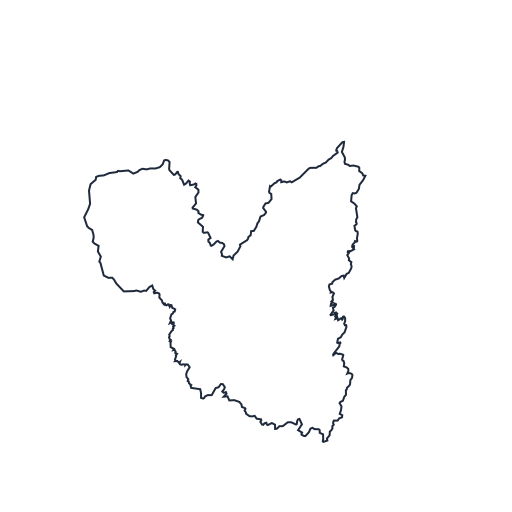 the district of 'Maoa-Mafubelu, Leribe, Lesotho, rotated 220°
{"feature_id": "5366337B41194073686106", "entity_name": "'Maoa-Mafubelu", "entity_type": "district", "adm_level": 2, "iso_a3": "LSO", "parent_name": "Lesotho", "parent_adm1": "Leribe", "projection": "equal_earth", "projection_center": [28.202, -28.958], "detail": "fine", "context": "isolated", "style": "outline", "palette": "slate", "viewbox_px": 512, "rotation_deg": 220, "n_neighbors": 0, "source": "geoboundaries", "source_scale": "gbopen_adm2", "svg_char_len": 6137}
<svg xmlns="http://www.w3.org/2000/svg" viewBox="0 0 512 512"><g transform="rotate(220 256 256)"><path d="M429.3,213.9L427.8,211.3L428.9,204.7L426.0,198.8L416.6,189.3L414.6,183.9L412.5,175.2L404.6,170.3L402.2,170.0L398.2,170.6L394.0,167.7L392.0,165.5L390.3,162.0L387.8,161.7L383.1,162.6L380.0,157.8L374.5,155.8L372.4,151.0L370.7,150.7L360.1,143.2L355.0,144.4L352.3,146.9L349.8,146.7L345.2,145.1L334.5,143.9L326.6,151.0L325.6,152.6L321.2,154.6L319.5,157.6L317.7,158.7L317.7,163.8L316.5,166.7L313.4,164.7L311.0,164.6L311.2,162.7L310.0,162.0L308.1,164.4L306.1,165.0L305.1,164.5L303.3,162.0L299.5,161.5L297.5,160.1L296.4,160.5L295.7,159.8L295.0,160.9L294.2,160.0L292.8,160.7L292.5,162.3L291.9,162.8L289.4,161.6L289.9,163.5L289.2,164.0L287.0,162.5L283.6,163.2L282.6,161.2L283.3,160.1L282.7,158.5L283.3,157.1L281.7,153.0L279.6,152.0L278.8,149.2L278.0,151.0L276.9,150.3L276.8,151.9L276.4,152.2L275.6,151.4L275.3,150.1L273.7,150.1L274.0,148.5L272.8,147.9L273.0,146.8L272.1,146.0L272.4,144.1L272.0,140.1L270.6,139.1L270.4,137.8L268.4,136.7L267.6,136.9L267.4,135.4L266.2,136.0L265.8,134.6L262.7,131.3L259.2,132.2L258.9,130.7L258.1,131.8L255.9,130.9L255.6,129.9L253.6,130.3L253.7,128.5L252.8,128.0L251.6,124.7L250.5,124.3L250.4,123.4L248.7,125.0L246.5,124.7L246.2,126.0L245.7,124.6L244.7,124.2L243.1,124.8L242.4,126.0L240.4,127.4L240.0,126.9L239.9,128.1L238.4,129.0L235.3,128.1L234.6,123.2L233.5,120.6L231.4,118.6L228.7,118.1L227.9,116.3L226.9,116.6L225.4,115.4L222.7,115.5L222.8,114.6L220.9,113.3L213.1,118.1L209.9,115.6L206.9,112.0L204.9,112.8L204.4,113.8L204.8,115.5L203.7,118.2L200.5,121.0L202.0,128.9L200.3,131.4L200.6,135.3L199.1,136.5L195.6,135.5L194.8,133.5L194.7,130.5L192.7,130.5L191.6,132.4L190.1,131.6L190.3,127.5L187.6,130.2L183.6,128.2L180.0,131.6L175.0,133.5L171.6,132.9L169.8,131.3L166.5,132.4L165.9,132.2L165.4,130.3L163.4,129.8L162.3,128.8L158.0,129.1L155.8,130.7L154.3,132.7L150.9,131.8L147.2,134.1L146.3,133.5L146.0,131.7L143.0,130.8L141.9,131.4L142.0,133.3L140.9,134.9L139.4,133.9L138.3,134.1L136.5,138.2L133.0,139.0L130.2,135.8L129.6,136.3L128.9,137.6L128.7,140.6L126.1,142.9L124.8,149.0L122.1,151.3L117.0,152.6L116.8,153.6L118.3,155.8L118.8,157.9L118.0,159.1L112.6,156.6L111.8,149.6L107.2,150.4L106.8,148.8L106.0,148.4L103.2,149.1L102.4,150.0L102.2,155.0L103.3,158.7L102.3,160.7L100.0,160.9L96.6,163.6L95.4,163.6L93.5,161.5L90.0,162.5L86.8,158.9L85.7,156.9L84.9,156.9L82.7,160.5L84.3,161.7L84.4,166.0L86.6,169.0L86.3,170.7L86.6,173.0L88.2,174.8L88.0,176.7L89.7,177.7L90.6,179.9L87.7,182.4L87.9,185.2L86.4,187.7L87.6,189.5L90.4,188.9L91.8,192.6L93.9,195.8L97.4,197.0L97.6,198.2L96.4,201.0L97.9,205.0L97.8,207.4L100.9,211.0L100.7,212.1L101.6,213.6L101.2,216.7L101.5,218.2L103.9,221.5L104.1,224.3L105.5,226.7L106.9,227.2L108.3,226.8L109.9,225.8L110.5,224.6L111.2,227.1L112.7,228.8L115.0,228.9L117.8,227.9L119.5,230.6L121.5,231.9L122.7,231.6L123.6,232.2L125.4,236.2L126.1,236.3L129.1,235.0L129.7,233.9L132.5,233.2L133.0,229.7L133.6,230.1L133.8,231.9L134.1,240.3L135.4,242.3L135.4,243.6L136.0,243.9L137.3,242.0L138.1,241.8L140.0,245.3L138.8,248.4L139.4,251.0L139.1,254.4L141.0,259.5L141.8,260.5L142.5,261.0L143.4,260.1L144.9,260.8L145.9,263.5L147.9,265.8L149.8,266.2L150.3,265.5L149.1,263.5L149.1,262.6L150.8,263.1L151.8,259.6L154.7,261.6L154.2,259.7L154.7,258.8L155.2,260.4L156.4,260.5L156.9,262.5L156.7,264.0L158.4,264.2L159.1,263.2L158.2,263.1L158.0,262.4L160.7,258.7L161.1,258.8L161.6,264.2L163.9,265.9L163.1,267.5L163.4,270.2L164.1,270.6L165.1,270.0L164.9,268.7L166.8,265.9L168.0,268.1L167.2,269.8L169.0,269.7L168.8,271.8L171.1,273.7L172.3,277.5L174.1,277.5L175.3,276.0L176.0,277.1L177.6,277.4L180.7,279.6L181.4,281.5L179.9,283.8L180.6,285.0L180.4,287.4L180.1,288.9L178.2,291.9L177.6,295.5L176.3,297.3L174.3,295.9L175.1,300.4L174.1,302.8L175.2,308.0L176.3,309.7L178.2,310.8L179.0,312.6L182.1,312.4L183.0,313.9L186.7,315.4L186.8,318.2L188.2,317.9L188.6,318.9L186.6,320.7L185.2,324.2L187.3,324.6L186.5,325.5L187.2,326.6L188.7,325.6L189.3,326.8L189.1,329.9L189.7,331.1L188.1,331.7L188.0,332.5L190.1,334.5L192.3,338.4L193.9,339.9L195.8,339.3L196.9,339.7L200.0,342.4L199.4,344.9L200.0,345.9L201.3,346.3L202.8,348.6L203.2,350.8L210.2,356.9L210.7,358.8L214.2,359.4L218.3,359.0L221.8,364.0L222.3,366.3L220.7,367.3L219.7,368.9L220.3,373.4L222.5,377.1L222.7,382.9L223.8,387.8L225.7,386.6L227.8,387.7L231.5,387.4L233.6,390.0L234.9,390.2L239.4,388.0L242.1,385.2L243.8,385.2L247.2,383.8L248.9,385.2L249.6,386.8L251.3,388.6L257.1,390.9L259.2,395.9L261.9,400.0L263.0,398.6L263.3,390.5L262.3,388.3L261.3,388.6L259.9,387.7L261.3,382.3L261.3,379.2L262.3,376.7L262.6,372.4L264.0,369.7L264.7,366.0L265.7,365.2L266.4,362.4L271.1,358.4L271.8,356.7L272.9,344.1L276.0,335.4L278.0,335.1L279.7,332.2L282.2,331.3L284.1,328.8L285.2,330.2L286.5,330.2L287.9,327.0L287.6,325.6L288.6,323.7L289.3,318.8L290.2,318.6L287.3,313.6L286.1,313.0L284.2,313.3L280.7,309.6L280.6,304.7L282.5,302.4L282.0,298.6L281.4,297.4L276.7,296.3L276.2,295.6L276.2,292.5L277.9,289.2L276.0,284.4L275.9,281.9L274.5,278.6L273.8,273.8L275.7,271.9L273.4,268.4L274.1,265.8L273.2,264.2L273.0,262.4L275.6,254.4L274.2,253.4L272.9,247.6L273.5,241.9L271.8,238.5L276.0,238.8L278.0,235.7L282.3,234.2L283.2,235.5L285.4,236.7L286.5,243.3L288.0,244.4L290.2,244.3L292.3,243.0L294.8,243.1L295.6,241.6L295.9,237.4L296.7,235.1L297.4,234.9L299.7,236.3L301.8,236.5L303.1,238.1L302.4,240.6L307.3,242.9L308.3,243.0L310.9,240.2L312.4,240.3L315.4,244.3L322.1,244.4L323.3,246.3L323.2,247.6L321.9,250.6L322.4,253.0L322.8,253.4L324.4,252.4L327.7,251.9L328.8,253.3L331.3,253.4L335.0,251.7L335.7,252.3L335.7,257.7L340.4,262.2L340.9,267.7L342.8,269.8L346.7,269.6L347.0,271.7L348.0,272.9L349.0,272.7L349.5,270.9L351.9,267.9L353.8,269.3L354.4,270.5L356.2,270.4L356.2,266.5L356.9,264.4L361.6,266.9L364.0,266.9L365.0,268.7L368.2,269.0L369.8,270.2L370.4,269.9L370.3,266.6L371.0,265.3L377.3,266.1L378.4,266.7L382.6,272.4L384.6,272.7L386.8,271.7L387.8,270.2L386.4,266.2L386.8,262.2L389.2,258.5L393.3,255.1L395.4,252.1L399.1,249.8L400.5,246.9L400.8,244.3L402.9,240.3L408.7,239.5L414.8,233.4L416.5,232.4L416.5,230.9L421.7,225.2L424.4,219.9L427.8,216.5L429.3,213.9Z" fill="none" stroke="#1e293b" stroke-width="2"/></g></svg>